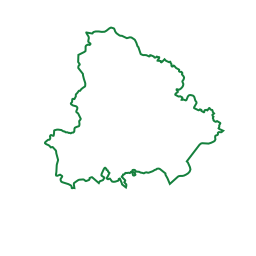 the Region of Volgograd, rotated 30°
{"feature_id": "RUS-2369", "entity_name": "Volgograd", "entity_type": "Region", "adm_level": 1, "iso_a3": "RUS", "parent_name": "Russia", "parent_adm1": "", "projection": "albers", "projection_center": [44.238, 49.343], "detail": "fine", "context": "isolated", "style": "outline", "palette": "green", "viewbox_px": 256, "rotation_deg": 30, "n_neighbors": 0, "source": "natural_earth", "source_scale": "10m", "svg_char_len": 5741}
<svg xmlns="http://www.w3.org/2000/svg" viewBox="0 0 256 256"><g transform="rotate(30 128 128)"><path d="M211.8,82.8L211.1,84.7L210.8,85.1L209.0,86.0L208.5,86.4L208.3,87.3L208.9,88.2L209.1,88.8L208.8,89.5L207.9,90.5L207.6,91.0L207.9,92.2L209.4,94.2L209.5,95.7L209.0,96.9L207.4,99.2L205.6,101.2L199.8,104.1L198.9,105.1L198.3,106.8L195.6,127.5L197.2,128.0L201.3,131.0L202.8,132.7L203.2,134.9L202.7,137.2L201.6,139.3L200.3,141.2L199.2,142.2L197.2,143.4L196.2,144.2L195.6,145.1L192.2,155.5L187.3,151.8L184.1,149.9L183.7,149.6L183.3,148.8L183.1,148.6L176.4,147.6L175.7,147.6L174.9,147.8L173.6,148.7L173.4,149.0L173.1,149.9L172.1,151.0L171.0,153.1L168.3,156.3L167.8,156.7L166.1,157.2L165.2,158.0L164.4,159.3L162.5,159.8L161.3,160.3L159.4,160.4L156.8,161.7L155.2,161.0L154.1,161.2L153.1,162.0L153.0,162.3L153.1,162.7L153.5,163.2L154.2,163.7L155.6,163.3L156.2,163.4L157.1,164.3L157.7,164.6L157.8,164.8L157.7,165.2L157.0,166.2L156.3,166.4L155.9,166.3L154.1,164.5L152.7,164.2L152.4,164.6L152.3,165.6L152.1,166.1L150.6,166.6L149.8,167.4L148.5,168.0L148.2,168.3L148.1,169.6L147.9,170.0L147.0,170.7L147.0,170.9L147.3,171.6L147.2,172.2L146.9,172.8L146.9,173.2L147.0,173.4L151.7,174.7L152.0,175.1L151.9,176.2L152.0,176.9L154.7,177.7L155.5,179.0L155.9,180.5L151.1,179.8L150.1,178.8L146.3,175.9L146.1,175.9L145.6,176.6L145.5,176.9L145.9,177.9L145.8,178.6L143.7,180.9L142.6,181.7L141.7,182.1L140.9,182.3L137.7,180.9L137.1,181.3L136.5,182.2L136.2,182.4L135.3,182.4L134.8,182.3L134.6,181.9L134.7,180.0L134.5,178.0L134.5,176.5L134.3,176.1L132.6,175.8L131.7,174.9L130.3,175.0L129.5,174.1L128.0,173.9L127.7,174.4L127.6,175.8L128.1,180.8L128.5,182.1L129.1,182.5L132.1,182.7L132.4,183.1L132.4,185.5L131.8,186.4L130.4,188.0L130.2,188.6L130.3,190.3L121.6,188.6L120.9,189.0L119.8,190.5L119.9,190.8L120.3,191.8L120.2,192.5L118.5,194.6L118.1,195.0L117.6,195.1L116.2,194.8L115.4,194.8L114.8,195.0L111.6,197.2L110.9,198.1L109.4,201.3L108.8,202.8L109.2,203.8L111.6,206.8L110.8,207.1L109.7,208.1L109.3,208.1L108.5,207.0L107.8,206.5L107.0,206.3L104.5,206.4L98.2,207.8L97.1,207.8L96.1,207.2L95.3,206.2L95.1,205.6L95.3,203.8L95.3,203.0L95.0,202.6L94.7,202.5L92.5,202.4L90.7,204.7L89.7,205.1L89.2,204.8L88.9,204.4L88.0,202.0L84.8,195.7L84.5,194.7L83.7,191.5L83.4,190.6L78.5,185.7L77.5,184.3L76.8,183.6L72.4,182.2L71.8,182.4L70.9,183.4L70.7,183.4L69.2,182.8L67.9,182.6L65.1,182.9L63.8,182.7L63.5,182.3L63.5,181.4L64.5,178.6L64.8,178.1L65.8,177.4L65.9,177.2L65.9,176.1L65.7,175.5L64.6,174.2L64.5,173.5L64.6,172.9L65.1,172.5L67.1,172.2L67.4,171.9L67.2,171.1L66.6,169.6L65.4,167.3L65.4,166.9L65.6,166.6L67.1,165.1L68.1,164.4L71.3,163.1L73.6,163.2L74.9,162.7L76.1,162.9L77.8,162.0L79.1,161.9L79.9,161.4L81.1,161.2L81.9,159.9L82.8,159.4L83.2,158.3L83.1,157.6L82.0,155.4L81.9,154.6L81.9,154.4L82.2,153.8L83.2,152.5L84.4,151.2L84.6,150.8L84.6,150.5L84.5,150.0L84.0,148.8L82.7,147.1L82.3,146.4L82.6,144.3L82.4,143.6L77.5,140.3L75.6,140.1L75.1,139.8L74.8,139.2L74.5,136.9L74.2,136.1L73.8,135.6L72.9,135.2L72.0,135.2L69.1,136.0L67.0,135.9L66.6,135.7L66.3,135.4L66.2,135.1L66.5,134.0L66.5,133.3L65.6,131.5L65.4,130.8L65.8,130.2L66.8,130.0L67.1,129.7L67.0,126.7L66.2,125.4L66.1,124.8L66.6,122.8L66.8,120.7L67.0,120.2L67.6,119.9L67.9,119.7L68.1,117.8L68.8,115.9L69.9,113.7L69.9,113.0L68.9,111.0L68.2,110.2L65.2,107.5L62.7,104.9L61.9,103.7L55.0,100.9L54.5,100.1L54.2,99.2L54.2,98.2L54.5,97.4L54.4,97.1L53.8,96.6L52.3,96.0L51.8,95.7L48.5,89.5L52.1,84.1L52.7,82.7L52.1,81.3L50.6,78.8L50.5,78.0L50.6,77.4L50.9,76.8L51.5,75.9L53.3,75.2L53.4,74.8L53.5,74.0L53.2,73.7L50.9,73.3L50.4,73.0L50.2,72.8L49.1,69.7L48.4,68.8L48.0,68.5L44.9,66.8L44.2,66.3L44.2,66.1L49.7,64.1L50.0,63.7L49.9,62.9L50.3,62.0L51.8,60.5L54.4,59.0L57.0,58.0L59.4,56.5L59.7,56.2L60.7,54.5L62.1,50.9L63.1,49.5L65.5,48.9L66.3,48.9L67.5,49.8L68.6,50.8L70.6,51.7L74.3,52.1L75.3,51.9L76.6,51.2L82.0,50.8L82.6,50.3L84.3,48.5L85.8,47.9L89.2,48.1L90.0,48.3L92.6,50.0L95.3,52.4L96.6,52.8L101.9,57.5L102.7,57.6L104.7,57.3L105.9,56.5L107.4,55.8L108.8,55.6L110.5,55.5L110.9,55.0L111.0,54.7L110.8,53.9L111.3,53.6L114.6,53.2L115.6,53.7L116.1,53.6L116.7,53.1L117.3,51.7L118.4,51.8L119.2,51.1L119.7,51.2L120.0,51.9L120.0,52.9L119.8,54.5L119.9,54.9L120.4,54.8L121.5,54.1L122.2,54.0L122.8,53.6L123.2,53.7L123.6,54.5L124.0,54.5L124.1,54.4L124.5,53.5L125.3,50.2L127.3,50.8L130.5,50.5L130.9,50.3L131.3,49.5L131.5,49.5L132.3,50.2L133.6,50.9L134.3,52.1L135.0,52.7L135.5,52.7L135.9,52.4L136.1,52.2L136.1,51.3L136.4,51.1L137.1,51.1L139.7,52.0L142.8,51.9L143.2,52.0L143.7,53.2L144.0,53.4L145.0,53.4L146.1,52.7L147.3,53.0L147.7,53.5L147.7,54.3L148.1,54.7L149.9,55.3L151.2,56.1L151.5,56.6L151.9,58.3L151.7,60.1L151.8,60.5L152.2,60.9L153.8,62.1L154.2,62.8L154.4,63.4L154.6,64.6L154.5,65.7L154.1,67.4L153.3,69.0L152.5,69.6L151.0,69.9L150.8,70.2L150.9,70.5L151.1,70.8L152.7,71.3L153.1,71.8L153.1,72.2L152.4,73.5L152.1,74.5L152.1,75.2L152.5,75.6L155.9,75.5L156.4,75.3L156.9,74.8L157.4,74.4L159.6,74.4L160.1,74.8L160.2,76.4L160.3,76.8L160.8,76.6L161.5,75.7L164.2,75.2L164.5,74.8L164.6,74.4L164.4,73.1L164.1,70.8L164.2,70.1L164.4,69.4L164.8,68.8L165.9,68.1L167.9,67.5L168.9,67.6L170.0,68.1L172.6,70.6L174.1,71.2L174.8,72.0L174.9,72.4L174.9,77.0L175.2,77.6L175.7,77.7L180.2,77.4L180.7,76.9L181.0,75.9L181.7,75.7L182.4,75.7L182.7,76.3L183.0,76.5L185.7,76.5L185.9,76.4L186.0,76.1L185.6,74.8L185.6,74.3L185.7,74.0L186.7,73.2L187.1,73.0L187.9,73.1L188.0,72.9L188.2,70.6L188.4,70.1L188.6,70.0L190.1,70.7L190.6,70.7L191.9,70.3L192.4,70.6L193.4,71.7L195.3,72.4L195.2,72.7L194.6,73.9L194.5,74.4L194.6,74.6L195.3,75.2L196.4,75.5L196.4,76.7L196.7,77.2L197.8,77.9L198.1,78.5L198.7,78.8L200.2,78.9L201.0,78.7L201.4,77.8L201.7,77.5L205.1,77.5L205.4,77.6L205.6,77.8L205.7,80.2L206.5,81.4L206.6,83.0L207.6,83.2L211.8,82.8Z" fill="none" stroke="#15803d" stroke-width="2"/></g></svg>